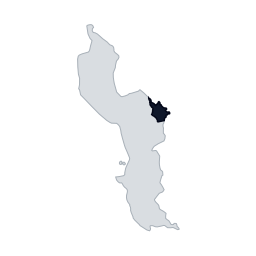 Mchinji on a map of Malawi (orthographic projection), rotated 172°
{"feature_id": "MWI-1911", "entity_name": "Mchinji", "entity_type": "District", "adm_level": 1, "iso_a3": "MWI", "parent_name": "Malawi", "parent_adm1": "", "projection": "orthographic", "projection_center": [33.108, -13.784], "detail": "fine", "context": "in_parent", "style": "filled", "palette": "ink", "viewbox_px": 256, "rotation_deg": 172, "n_neighbors": 0, "source": "natural_earth", "source_scale": "10m", "svg_char_len": 4447}
<svg xmlns="http://www.w3.org/2000/svg" viewBox="0 0 256 256"><g transform="rotate(172 128 128)"><path d="M99.1,148.7L97.7,146.7L96.5,147.2L94.8,148.6L93.9,149.0L93.5,149.0L93.2,148.6L92.8,147.7L91.5,145.1L90.1,143.3L88.6,142.6L87.3,141.7L87.9,140.9L88.4,140.3L88.2,139.7L87.5,138.8L84.8,137.5L84.8,137.0L87.1,135.8L88.6,134.5L89.7,133.2L91.0,130.5L92.0,127.7L92.8,126.8L93.1,124.9L92.9,122.9L93.4,120.2L93.7,117.7L92.9,116.8L92.2,115.1L93.0,112.2L94.2,110.2L100.3,108.2L104.5,106.3L105.4,105.5L106.8,103.9L107.6,102.4L107.0,101.9L103.7,101.9L102.9,101.3L100.5,95.8L101.8,89.6L102.0,87.2L101.9,84.1L101.5,81.9L100.5,81.0L99.8,79.8L100.0,76.5L101.0,76.1L103.1,71.8L104.0,69.3L102.9,67.3L101.7,64.4L101.1,62.6L100.8,62.0L101.6,60.8L103.1,59.7L104.7,59.4L106.3,58.9L111.7,53.6L111.7,52.5L110.8,50.7L108.8,48.0L108.3,46.9L108.1,43.7L107.3,42.7L104.4,40.5L102.2,38.2L102.9,35.9L103.3,33.3L102.1,31.9L100.5,30.5L99.5,28.3L99.0,26.8L97.7,26.1L96.5,26.1L95.6,27.1L94.7,27.0L93.5,26.7L93.1,25.3L93.1,23.8L92.3,22.8L91.5,21.4L91.4,20.7L91.9,20.5L92.9,20.4L97.2,23.2L99.8,23.3L102.7,23.8L105.2,26.3L106.5,26.6L108.1,26.3L112.8,26.0L114.6,26.4L117.1,27.8L118.0,28.0L119.5,28.1L119.8,27.7L119.9,26.8L119.7,25.1L120.0,24.2L120.9,23.2L123.5,24.4L129.8,29.8L130.0,30.5L134.1,35.8L135.4,38.1L135.4,39.3L136.6,44.0L136.9,46.1L136.6,47.8L136.6,49.1L137.1,51.0L136.9,51.8L138.4,54.6L139.1,57.0L139.2,59.3L138.8,61.5L137.5,64.8L137.3,66.1L137.5,67.3L138.4,68.6L139.7,70.0L140.7,71.7L141.4,73.7L142.0,74.6L142.8,74.6L144.1,74.9L145.2,76.0L146.5,78.0L146.9,80.2L147.0,81.2L143.4,81.1L138.9,81.4L137.7,82.3L137.4,84.2L136.0,88.2L135.2,89.7L133.5,92.4L131.1,96.1L130.6,97.4L130.7,98.7L132.0,103.8L133.5,109.2L133.9,111.4L134.9,118.6L135.5,123.7L135.5,126.7L136.0,130.7L137.3,132.8L138.6,134.2L143.7,135.1L145.2,136.1L148.1,138.6L154.4,145.7L157.8,150.3L160.8,154.3L166.1,161.7L170.3,167.4L170.7,172.8L171.4,173.6L170.0,177.5L169.0,184.0L169.6,188.2L169.2,195.5L168.3,203.2L167.3,206.0L166.1,207.0L163.2,207.8L156.7,208.7L155.7,209.6L154.9,211.1L153.6,214.7L152.0,218.2L151.5,219.8L151.8,220.1L153.1,222.0L154.5,226.7L154.6,234.7L154.1,235.3L152.2,235.6L150.2,235.5L149.4,235.1L148.6,234.2L148.1,232.4L149.4,231.3L149.9,229.2L149.1,227.4L147.4,226.9L145.2,225.3L140.6,219.9L136.7,216.1L134.5,213.0L132.2,211.7L131.5,210.9L131.0,209.6L131.0,207.7L131.2,206.3L130.5,204.7L128.2,202.3L127.1,200.9L127.1,199.3L128.0,197.8L130.1,195.9L131.6,192.0L132.2,189.5L135.0,184.5L135.5,180.2L135.5,176.7L135.4,174.1L134.7,168.8L134.2,165.1L130.7,160.3L129.6,159.8L126.2,160.2L123.4,160.9L121.9,161.9L119.8,161.9L114.2,162.8L112.4,163.1L111.4,164.0L110.8,164.2L107.3,160.4L104.2,156.4L100.3,149.5L99.1,148.7ZM140.4,95.9L139.5,96.2L138.9,95.7L139.0,94.2L139.4,93.1L140.3,92.9L141.0,93.2L141.4,93.7L141.4,94.5L141.1,95.3L140.4,95.9ZM138.3,93.2L137.8,94.7L136.6,94.7L135.6,93.4L135.9,92.3L137.0,92.0L137.8,92.4L138.3,93.2Z" fill="#d9dde1" stroke="#a8b0b8" stroke-width="1"/><path d="M85.8,136.5L86.2,136.5L86.9,135.9L87.3,135.6L88.3,135.5L88.6,135.2L88.7,134.6L88.7,134.1L88.8,133.7L89.0,133.4L89.5,133.3L90.3,132.9L90.7,131.8L91.1,130.3L91.5,130.3L97.4,129.9L97.6,130.0L97.8,130.2L97.9,130.6L97.9,130.9L97.8,131.4L97.8,131.8L97.9,132.1L98.4,133.1L98.7,133.8L98.9,134.3L99.2,134.7L100.2,135.6L100.6,136.1L100.8,136.3L101.6,136.8L102.7,138.0L102.5,138.4L102.3,138.6L102.2,138.7L102.1,139.0L101.9,139.3L101.9,139.6L101.4,140.1L101.3,140.4L101.3,140.5L101.4,140.9L101.3,141.3L101.3,141.5L101.2,141.6L101.0,141.8L100.9,142.0L100.9,142.9L100.8,143.1L100.7,143.3L100.5,143.5L100.5,143.9L100.8,144.5L101.1,144.8L101.3,145.0L101.5,145.2L101.7,145.4L101.8,145.6L102.2,146.6L102.7,147.4L102.8,147.7L102.9,148.1L102.8,148.4L102.7,148.7L102.7,148.8L102.7,149.1L102.9,149.9L102.9,150.4L102.6,151.0L102.6,151.3L102.7,151.7L103.1,152.9L103.4,154.3L103.3,154.8L103.2,154.6L103.0,154.4L102.8,154.3L102.4,154.1L102.2,153.8L101.5,152.7L101.4,152.2L101.5,150.8L101.2,150.0L100.6,149.6L99.1,148.7L98.7,148.2L97.8,146.6L97.5,146.3L97.2,146.4L96.9,147.1L96.7,147.4L95.8,147.6L95.4,147.8L95.0,148.3L94.2,149.6L93.7,149.8L93.0,148.9L92.9,148.5L93.0,147.1L93.0,146.8L92.9,146.6L92.7,146.5L92.2,146.5L92.0,146.3L91.8,145.9L91.7,145.4L91.6,145.0L90.3,143.4L89.9,143.0L89.0,142.7L88.1,142.5L87.3,142.2L87.1,141.4L87.4,141.1L88.4,140.6L88.6,140.3L88.5,140.0L87.5,138.5L86.7,138.2L85.7,138.2L84.9,138.0L84.6,137.1L84.7,136.6L84.9,136.3L85.3,136.4L85.8,136.5Z" fill="#0f172a" stroke="#020617" stroke-width="1.5"/></g></svg>